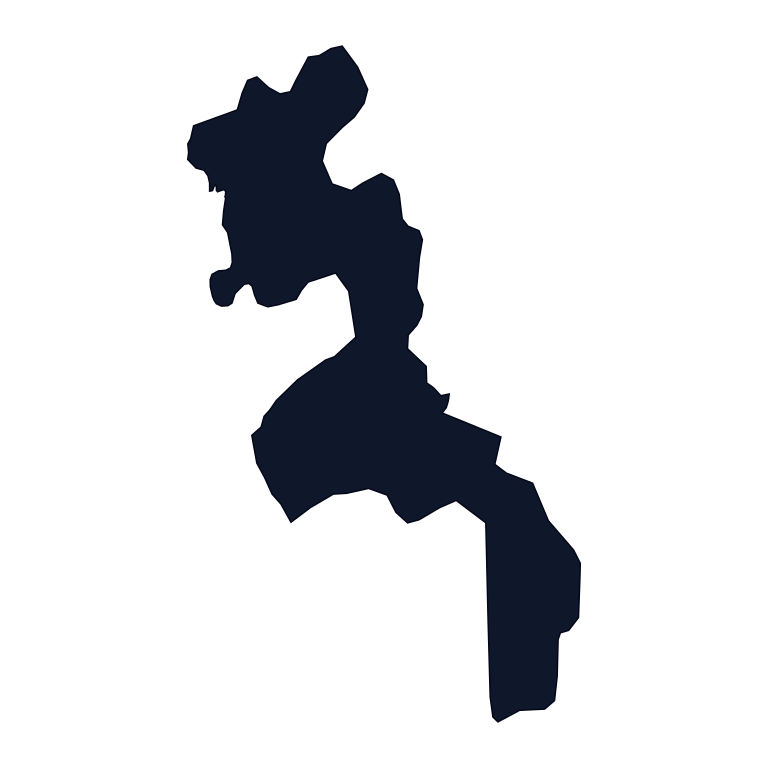 the district of Bomadi, Delta, Nigeria
{"feature_id": "59680162B43870676483034", "entity_name": "Bomadi", "entity_type": "district", "adm_level": 2, "iso_a3": "NGA", "parent_name": "Nigeria", "parent_adm1": "Delta", "projection": "equal_earth", "projection_center": [5.801, 5.229], "detail": "fine", "context": "isolated", "style": "filled", "palette": "ink", "viewbox_px": 768, "rotation_deg": 0, "n_neighbors": 0, "source": "geoboundaries", "source_scale": "gbopen_adm2", "svg_char_len": 1871}
<svg xmlns="http://www.w3.org/2000/svg" viewBox="0 0 768 768"><path d="M580.3,563.3L573.6,550.0L548.4,520.8L532.6,483.2L506.3,473.1L494.8,464.3L500.9,437.0L442.2,413.0L446.3,407.6L448.3,400.9L449.2,394.0L440.8,395.7L433.8,388.0L426.7,382.9L426.2,366.4L407.5,348.7L408.2,335.0L416.8,325.2L421.3,316.5L423.1,304.6L416.6,288.4L419.4,257.7L422.4,239.7L419.0,230.7L408.1,226.3L402.2,218.9L399.2,194.2L393.4,180.0L381.4,173.5L362.7,183.1L351.4,190.6L332.1,183.9L322.2,161.0L326.3,143.5L341.8,127.8L354.3,117.0L364.1,103.1L367.7,89.5L357.6,67.1L342.2,46.1L330.9,48.6L319.3,55.6L308.3,57.1L295.7,80.8L290.4,91.7L280.0,93.9L268.4,87.5L256.9,76.9L247.6,80.4L242.2,93.1L237.3,109.9L193.6,125.8L190.6,138.9L187.8,143.9L188.6,152.6L187.7,159.4L196.1,168.1L204.0,170.2L208.0,175.9L209.6,183.0L209.6,191.2L212.5,190.6L214.3,185.8L215.7,185.0L216.4,187.5L216.3,190.3L217.5,191.8L223.5,189.7L225.0,190.4L225.7,192.2L225.4,195.1L224.9,196.9L225.6,198.0L223.7,210.6L222.5,224.8L227.6,232.4L231.9,254.0L232.3,262.6L230.4,268.0L225.6,270.3L218.3,270.9L212.0,274.4L210.2,279.6L210.3,286.6L212.5,296.3L214.0,300.1L216.3,303.7L221.4,306.1L227.9,305.7L231.9,303.2L235.1,293.5L240.8,287.7L244.2,284.3L249.0,283.5L252.1,286.2L254.6,295.1L257.9,303.1L264.4,305.6L267.9,306.8L278.4,304.7L296.2,299.3L301.5,290.1L308.1,282.1L335.6,273.0L348.7,291.1L355.9,337.1L334.5,356.7L325.6,360.0L297.6,379.8L276.4,400.4L269.5,410.4L264.1,416.3L261.3,426.5L260.4,427.7L251.8,435.3L256.8,463.1L264.7,477.7L272.1,494.1L280.9,504.0L291.0,522.2L310.2,507.7L333.3,494.1L346.5,493.3L358.0,490.8L368.6,488.4L387.1,495.1L395.9,512.3L407.6,522.9L419.0,519.8L439.7,507.6L456.2,500.4L485.8,522.8L488.1,620.8L490.2,697.0L492.9,717.0L497.9,721.9L519.6,710.3L544.6,709.1L554.5,700.6L557.2,676.2L558.1,639.5L560.4,632.8L568.6,630.4L578.5,617.6L579.9,578.5L580.3,563.3Z" fill="#0f172a" stroke="#020617" stroke-width="1.5"/></svg>